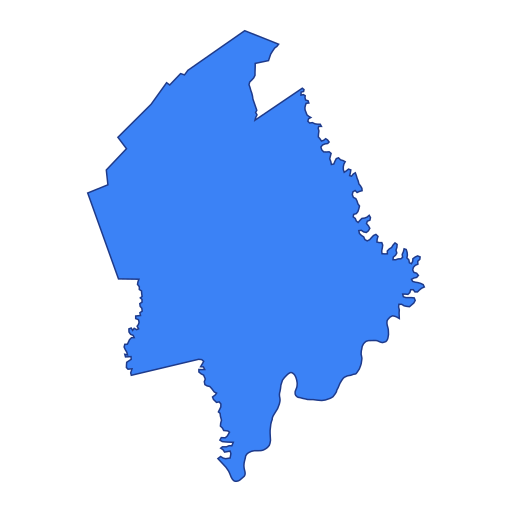 Guaraní, Misiones, Argentina
{"feature_id": "61730980B47619048230809", "entity_name": "Guaraní", "entity_type": "district", "adm_level": 2, "iso_a3": "ARG", "parent_name": "Argentina", "parent_adm1": "Misiones", "projection": "natural_earth1", "projection_center": [-54.171, -27.044], "detail": "fine", "context": "isolated", "style": "filled", "palette": "blue", "viewbox_px": 512, "rotation_deg": 0, "n_neighbors": 0, "source": "geoboundaries", "source_scale": "gbopen_adm2", "svg_char_len": 6097}
<svg xmlns="http://www.w3.org/2000/svg" viewBox="0 0 512 512"><path d="M87.7,193.0L118.5,278.9L138.9,279.2L138.0,281.7L137.5,284.4L139.3,286.7L139.3,289.5L141.5,290.9L141.7,293.7L142.1,296.5L140.3,297.9L142.0,299.4L142.0,302.2L139.8,303.6L140.2,306.4L141.8,308.2L142.2,311.1L139.9,312.7L140.5,315.5L135.7,316.0L135.7,318.6L138.4,319.6L139.1,322.2L138.4,324.5L137.1,326.2L138.6,328.8L136.6,329.7L134.2,328.3L132.6,330.4L131.2,328.0L128.9,328.9L129.0,332.0L130.6,334.3L133.2,335.4L134.2,337.6L131.5,337.7L129.5,339.7L127.4,344.2L124.8,344.3L124.1,347.0L125.3,349.7L126.8,352.2L127.5,354.9L124.8,354.3L125.5,356.9L128.2,356.8L131.0,356.6L131.2,359.3L126.7,362.3L126.5,364.7L126.4,367.5L128.0,369.2L132.0,368.8L130.7,372.9L131.3,375.3L198.6,359.3L201.7,359.6L203.7,361.3L202.5,363.5L200.6,366.7L203.4,366.9L204.7,369.5L201.7,369.6L198.9,369.5L198.9,372.0L201.1,373.8L203.6,375.1L205.3,379.0L204.3,381.7L204.9,384.6L207.1,385.9L209.8,386.5L211.7,388.6L214.3,392.0L216.6,393.1L215.3,394.9L212.5,397.0L213.5,399.5L216.5,402.4L219.2,401.9L220.9,404.0L220.8,407.0L218.4,411.9L220.1,413.3L220.4,416.1L221.5,420.2L220.7,423.1L220.4,426.1L222.4,428.0L223.7,430.5L227.7,430.9L229.5,432.2L227.3,436.0L225.2,437.8L221.3,437.6L219.9,440.1L222.3,441.6L225.1,441.9L227.8,442.1L230.6,442.2L233.3,442.3L231.8,445.8L229.1,445.7L226.5,446.8L222.4,446.8L220.7,448.2L223.0,449.7L224.6,452.1L230.1,451.1L230.9,453.7L230.1,458.0L225.5,458.7L223.0,458.0L220.6,456.5L217.9,458.6L226.0,467.3L228.6,471.1L229.6,473.2L231.2,477.2L232.5,479.4L233.8,480.7L234.9,481.2L236.0,481.3L237.0,481.2L238.5,480.8L239.9,480.0L244.2,476.3L244.8,475.2L245.1,474.0L245.1,473.0L245.0,472.0L244.2,468.6L244.0,467.1L243.9,465.6L244.1,463.1L244.5,461.1L245.2,458.4L245.7,455.8L247.1,453.8L248.7,452.6L251.5,451.3L254.4,450.7L258.3,450.7L261.0,450.6L262.9,450.2L264.8,449.3L266.7,448.1L268.2,446.7L269.3,445.3L270.0,443.2L270.5,440.3L270.3,436.8L270.1,433.1L270.1,430.4L270.8,424.2L271.4,421.7L272.2,419.5L272.3,418.0L272.8,416.6L273.7,414.9L277.6,408.6L279.3,404.1L279.7,402.4L280.0,400.8L280.0,399.2L279.8,397.8L279.5,396.2L279.4,394.4L279.6,392.8L280.0,391.3L280.5,388.6L280.9,385.1L282.5,380.1L284.4,377.6L286.8,375.1L288.5,373.6L290.1,372.7L291.1,372.5L292.4,372.9L293.9,374.1L294.8,375.2L295.9,377.4L296.7,380.1L297.2,383.1L297.1,385.2L296.9,386.8L296.6,387.8L295.2,391.4L295.1,392.8L295.2,394.2L295.8,395.5L297.4,397.0L298.9,397.5L300.0,397.6L303.1,398.5L305.3,398.9L307.6,399.5L310.8,399.6L313.2,399.6L317.0,400.1L321.5,400.5L322.6,400.4L325.3,400.0L330.0,398.4L331.4,397.7L333.0,396.7L334.2,395.1L335.2,393.8L336.4,391.8L336.8,390.1L338.1,387.7L339.8,383.6L341.5,380.7L343.1,378.4L344.3,377.3L347.3,375.9L348.7,375.6L350.7,375.3L353.4,374.3L354.1,374.2L355.3,374.0L356.1,373.6L357.4,371.9L359.3,369.0L360.5,365.9L361.2,363.6L361.8,359.5L361.9,358.2L361.5,355.9L361.1,354.2L361.3,350.9L361.7,349.3L362.2,346.4L363.5,343.8L364.7,342.5L366.1,341.3L368.5,340.6L373.7,340.5L375.6,340.5L377.2,340.7L379.9,341.9L381.1,342.3L382.5,342.6L384.0,342.2L385.8,341.6L386.7,340.7L387.5,339.3L387.9,338.0L388.5,334.6L388.4,331.6L388.3,329.7L388.0,328.1L387.2,325.1L386.9,323.1L387.1,320.7L387.9,319.4L389.8,317.3L390.9,316.6L392.6,315.8L394.9,316.3L396.7,317.0L399.3,318.5L399.1,312.9L399.3,309.9L398.6,307.0L398.9,304.3L401.7,304.3L404.1,305.8L406.8,306.4L409.5,306.7L413.8,303.0L415.2,300.4L414.2,297.9L411.5,297.6L405.9,297.6L403.3,296.7L402.7,294.1L405.2,294.1L407.9,294.4L409.8,292.6L410.7,289.7L413.3,289.7L414.9,291.9L417.5,291.9L419.5,289.9L421.7,288.2L424.3,287.0L423.2,284.6L420.7,283.4L418.0,282.6L415.3,282.2L412.6,281.4L411.5,279.3L414.0,278.0L416.7,277.4L418.4,275.4L416.6,273.2L413.9,272.4L412.7,270.0L413.4,267.3L415.3,265.3L417.9,264.2L417.7,261.3L419.8,259.3L420.1,256.9L417.6,255.9L415.2,257.0L412.9,258.7L412.7,261.4L411.4,263.7L409.4,262.8L408.8,259.8L406.9,257.9L407.4,255.1L407.1,252.3L406.2,249.5L404.1,248.8L403.4,251.7L402.2,254.4L402.6,257.3L400.9,258.8L398.1,258.9L395.6,259.8L393.0,259.7L393.3,257.1L395.5,255.3L396.8,253.0L396.0,250.1L396.9,247.3L397.1,244.4L395.0,242.9L393.1,245.0L391.6,247.5L389.2,249.0L387.3,251.0L387.4,253.8L384.8,253.9L382.0,253.7L381.7,250.9L382.3,248.0L382.7,245.1L381.8,242.6L379.1,242.6L376.9,242.0L377.2,239.0L378.0,236.4L375.9,234.4L373.5,235.5L371.5,237.6L369.7,239.7L367.2,240.9L364.9,239.6L363.7,236.9L361.4,235.4L359.4,233.4L358.8,230.6L361.3,230.3L363.6,231.9L366.3,232.5L368.4,230.8L369.8,228.3L368.4,225.8L366.5,223.6L367.3,221.2L369.9,220.2L370.5,217.6L369.2,215.3L367.1,217.1L364.5,218.1L361.9,218.4L359.9,220.4L358.1,222.5L356.3,221.0L355.3,218.5L353.2,216.9L353.6,214.4L356.3,213.6L357.9,211.6L358.8,208.9L359.5,206.0L357.9,203.8L357.0,201.0L355.8,198.6L353.4,197.4L352.3,194.7L352.9,191.9L355.1,190.5L357.1,192.5L359.5,191.4L362.1,190.7L361.9,188.3L360.5,185.9L358.9,183.9L358.2,181.0L357.1,178.3L356.3,175.5L355.3,172.8L353.3,174.0L351.5,176.2L349.6,175.6L350.4,172.7L350.8,169.9L348.5,169.1L346.3,170.9L344.2,172.3L343.3,169.5L343.3,166.7L343.9,164.1L345.2,161.7L343.1,160.6L340.5,159.8L338.5,157.8L336.3,158.6L334.9,161.3L333.8,164.0L331.4,164.5L330.8,161.5L329.7,158.8L331.1,153.4L329.2,151.8L326.4,152.0L323.7,151.9L321.7,149.8L320.9,147.0L322.5,145.0L325.0,143.9L327.7,143.5L329.1,142.0L327.6,140.0L325.7,138.7L323.5,140.4L321.4,141.0L319.9,138.7L318.3,136.9L318.5,133.9L318.9,131.0L318.2,128.3L318.7,126.4L321.4,126.4L320.2,124.2L317.6,124.2L314.9,123.8L312.4,122.6L309.6,123.0L307.8,121.2L308.6,118.7L310.8,117.5L308.7,116.3L307.0,114.9L305.1,110.0L304.9,107.8L305.3,105.8L306.1,103.3L308.8,103.0L308.1,100.8L305.6,100.0L305.0,97.7L305.2,95.7L303.4,94.6L301.0,95.1L301.1,92.1L303.6,91.5L304.0,89.6L302.3,88.2L255.0,120.2L255.7,117.5L257.0,114.9L255.6,112.4L256.8,110.3L252.9,99.0L252.5,96.1L251.8,93.2L250.8,90.4L250.0,87.5L249.0,84.7L249.7,82.0L251.8,80.0L253.7,77.9L255.0,75.3L255.0,72.3L255.2,66.4L255.2,63.4L268.5,60.6L270.7,54.1L272.7,50.9L274.7,48.0L276.9,46.4L278.6,44.2L244.7,30.7L187.9,70.3L184.5,74.9L180.6,73.6L169.7,85.0L166.6,82.7L151.1,104.3L117.9,137.3L126.5,148.7L106.3,170.0L107.9,184.8L87.7,193.0Z" fill="#3b82f6" stroke="#1e3a8a" stroke-width="1.5"/></svg>